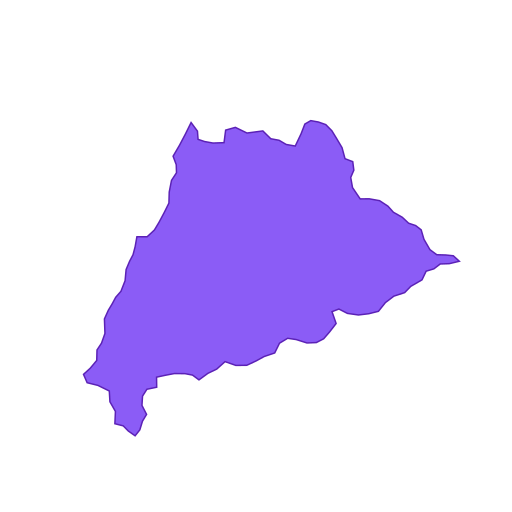 outline of Capela Nova, Minas Gerais, Brazil, rotated 346°
{"feature_id": "56859067B12551134046760", "entity_name": "Capela Nova", "entity_type": "district", "adm_level": 2, "iso_a3": "BRA", "parent_name": "Brazil", "parent_adm1": "Minas Gerais", "projection": "albers", "projection_center": [-43.609, -20.915], "detail": "fine", "context": "isolated", "style": "filled", "palette": "violet", "viewbox_px": 512, "rotation_deg": 346, "n_neighbors": 0, "source": "geoboundaries", "source_scale": "gbopen_adm2", "svg_char_len": 1654}
<svg xmlns="http://www.w3.org/2000/svg" viewBox="0 0 512 512"><g transform="rotate(346 256 256)"><path d="M452.0,310.3L447.5,303.5L440.3,300.9L431.7,298.5L426.3,291.9L423.0,280.4L422.6,270.6L418.3,265.1L412.0,261.1L407.3,253.8L399.9,246.8L396.1,239.6L389.3,232.2L379.7,227.9L370.9,225.8L366.2,213.0L366.9,202.7L371.7,196.4L372.7,187.9L365.9,183.1L365.7,171.7L362.6,161.4L359.9,152.8L355.5,145.4L349.0,141.1L341.9,137.9L335.3,139.8L329.4,148.2L320.7,158.8L312.3,155.1L306.4,149.3L298.7,145.8L292.9,136.3L277.0,134.5L267.1,126.2L257.0,126.5L252.4,138.3L241.6,136.0L233.8,132.5L228.0,128.8L229.4,120.7L225.3,110.8L217.0,120.6L208.6,130.0L199.7,139.1L200.7,148.1L199.0,156.0L192.3,162.2L187.3,172.9L184.3,183.6L177.4,191.7L170.0,199.9L163.7,206.2L155.0,211.0L145.1,208.5L141.0,217.7L137.0,225.0L132.1,230.5L126.7,237.7L123.0,248.3L116.4,257.6L109.9,262.1L105.1,267.4L99.6,272.9L93.7,280.4L90.7,294.6L85.0,303.2L79.0,308.7L76.2,318.8L68.0,324.8L60.0,329.1L61.5,338.1L71.3,343.3L81.0,351.5L79.0,362.1L82.0,372.8L78.5,384.6L86.1,388.7L89.8,395.0L95.2,401.2L101.2,396.6L105.9,388.8L111.5,383.2L109.2,373.4L112.0,364.5L117.9,358.9L127.9,359.3L130.2,349.5L139.3,349.8L148.3,350.3L158.7,353.0L165.6,356.2L170.7,362.4L181.0,358.2L190.6,356.2L200.4,351.0L210.0,357.3L220.6,359.8L230.9,357.8L239.6,355.5L250.7,354.6L257.7,346.3L266.8,343.5L274.8,346.8L284.4,352.7L293.6,354.6L301.6,352.7L309.0,347.5L317.4,340.9L316.3,328.4L323.6,327.5L330.8,333.8L341.1,338.0L351.5,339.3L361.4,339.3L370.3,332.5L380.1,328.3L391.4,327.5L398.8,322.9L411.3,319.3L417.4,311.9L425.5,311.5L432.8,308.3L441.7,310.2L452.0,310.3Z" fill="#8b5cf6" stroke="#5b21b6" stroke-width="1.5"/></g></svg>